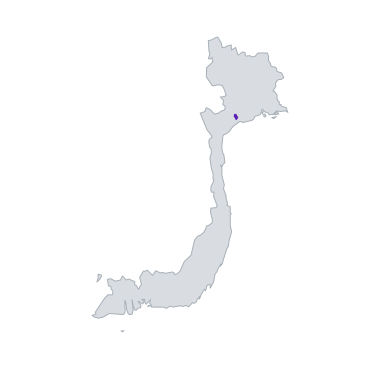 Vinh Loc, Thanh Hóa, Vietnam (highlighted), rotated 32°
{"feature_id": "81297802B11071874803157", "entity_name": "Vinh Loc", "entity_type": "district", "adm_level": 2, "iso_a3": "VNM", "parent_name": "Vietnam", "parent_adm1": "Thanh Hóa", "projection": "natural_earth1", "projection_center": [105.68, 20.04], "detail": "fine", "context": "in_parent", "style": "filled", "palette": "violet", "viewbox_px": 384, "rotation_deg": 32, "n_neighbors": 0, "source": "geoboundaries", "source_scale": "gbopen_adm2", "svg_char_len": 4791}
<svg xmlns="http://www.w3.org/2000/svg" viewBox="0 0 384 384"><g transform="rotate(32 192 192)"><path d="M230.8,73.6L227.9,73.8L224.8,76.6L220.7,78.4L219.7,83.3L216.3,85.6L214.7,84.5L211.3,85.5L207.6,84.5L208.9,90.1L205.3,94.6L205.7,97.5L204.7,99.7L198.3,106.1L196.4,106.2L195.0,107.2L192.0,114.7L191.5,121.0L190.2,124.6L188.8,126.1L188.5,128.0L193.3,137.9L196.5,141.9L199.7,144.0L204.4,149.8L203.7,151.4L204.0,154.7L201.8,153.7L202.1,154.1L204.7,155.9L208.7,162.2L215.7,168.9L216.8,172.3L223.5,177.7L223.4,178.4L228.1,182.8L228.7,184.6L232.3,184.4L235.5,189.5L236.6,189.5L236.9,191.7L242.3,200.3L246.7,204.7L248.9,212.8L251.6,218.9L251.7,222.4L255.7,237.2L255.4,239.2L254.6,237.3L254.7,242.9L255.4,245.9L255.1,249.6L257.9,256.5L258.4,264.1L256.3,260.8L254.2,263.1L255.8,268.5L254.0,268.0L254.2,275.3L255.0,277.9L254.8,278.8L253.9,276.9L253.2,280.4L253.9,282.8L252.7,285.4L251.0,285.6L250.1,291.0L247.0,291.5L244.8,294.0L242.1,294.9L237.0,299.6L233.8,300.4L232.1,304.2L229.2,304.6L218.5,311.1L217.3,309.5L215.3,308.9L213.8,305.5L212.8,311.0L211.9,311.4L210.3,310.3L208.7,308.1L206.5,309.6L209.0,310.1L209.6,311.5L209.3,313.2L203.9,313.2L208.8,315.4L209.8,317.1L207.5,319.7L207.4,321.7L206.3,322.5L203.6,320.8L197.9,314.8L204.7,323.4L205.9,327.2L204.3,329.0L202.3,329.0L199.1,326.5L194.0,320.4L192.3,319.5L198.3,328.2L199.2,330.2L198.5,332.4L186.2,338.9L183.0,345.1L179.2,348.8L175.1,349.8L172.8,349.5L175.2,346.3L173.7,345.1L174.2,328.0L175.3,323.5L178.8,321.7L178.8,320.7L177.6,318.1L174.7,317.1L173.4,315.2L170.9,315.9L166.6,310.8L169.1,308.6L174.3,308.2L177.9,304.6L177.5,300.6L177.9,300.1L182.8,301.5L184.5,299.3L190.9,298.4L192.7,301.1L194.3,300.7L197.2,302.5L198.4,302.6L197.8,299.9L198.3,297.4L192.8,291.9L192.7,284.7L194.0,284.3L195.5,282.0L202.7,283.6L203.0,278.0L208.2,277.3L209.4,275.8L212.4,275.2L217.5,270.4L219.7,270.1L220.9,271.3L222.9,269.1L223.8,265.4L222.3,254.9L224.7,246.2L219.7,231.5L220.3,226.3L221.8,224.5L223.4,220.3L223.1,215.6L222.3,213.3L223.7,211.6L225.5,207.4L223.8,204.5L218.6,199.6L216.6,195.7L220.7,192.5L220.8,190.5L212.3,183.9L210.8,180.4L208.8,181.8L207.3,180.9L205.3,177.5L204.5,171.1L203.1,170.0L200.2,165.4L195.5,161.2L189.7,154.3L188.6,152.2L187.9,149.0L185.5,145.4L183.2,144.6L179.3,140.0L178.8,138.1L179.9,134.8L177.1,133.1L172.1,131.5L157.2,120.8L160.3,117.0L159.4,113.5L159.7,112.8L163.9,112.6L169.8,114.0L172.6,111.1L173.9,107.9L175.9,105.5L176.0,104.1L174.5,101.6L171.8,101.5L170.4,97.9L165.8,96.4L168.8,94.0L169.7,92.0L165.5,88.3L161.1,85.6L157.1,87.4L154.1,90.5L152.6,91.0L143.1,86.8L138.5,78.8L140.3,72.3L140.4,69.9L138.5,68.7L138.0,67.2L136.6,70.0L135.2,70.0L133.8,65.1L132.1,64.0L125.6,54.9L127.6,53.1L130.7,47.9L131.9,47.0L138.3,50.5L141.0,53.5L143.8,51.4L143.8,50.3L147.3,46.6L150.2,50.5L152.5,46.3L158.3,51.5L159.2,50.5L160.3,46.9L161.9,45.9L163.2,45.7L164.7,47.8L166.0,48.0L168.8,45.8L171.7,45.4L173.6,43.5L174.2,39.5L174.9,38.7L182.3,34.2L185.2,36.6L187.2,40.1L189.7,41.0L192.5,43.3L194.6,43.0L195.3,42.2L197.9,42.3L200.3,44.7L205.0,43.6L209.3,46.4L207.9,49.4L205.8,50.8L205.2,52.3L205.2,55.7L207.1,57.9L207.2,63.5L208.4,63.0L212.8,64.7L214.4,67.5L216.5,69.1L218.2,69.3L219.6,71.4L221.1,70.7L221.8,71.7L224.9,71.3L227.0,70.4L230.8,73.6ZM159.9,311.2L160.1,314.8L159.1,318.9L157.9,314.4L156.0,311.6L158.5,310.5L159.9,311.2ZM224.2,79.8L221.6,82.5L220.6,82.5L221.9,78.7L224.2,79.8ZM213.9,89.9L213.2,90.0L211.7,88.2L212.5,87.3L214.1,88.0L214.5,88.8L213.9,89.9ZM222.7,86.0L221.7,86.6L220.5,86.5L223.3,83.7L222.7,86.0ZM209.6,86.0L210.7,88.8L209.2,87.4L209.6,86.0ZM217.3,310.1L215.3,312.4L215.1,311.3L217.3,310.1ZM207.4,347.3L205.8,347.3L207.5,345.9L207.4,347.3Z" fill="#d9dde1" stroke="#a8b0b8" stroke-width="1"/><path d="M187.5,104.3L187.6,104.5L187.8,104.5L188.0,104.5L188.3,104.7L188.3,104.8L188.3,105.0L188.2,104.9L187.9,104.8L187.9,105.0L187.9,105.3L188.0,105.4L188.3,105.4L188.4,105.5L188.5,105.5L188.8,105.5L188.9,105.8L188.9,105.7L189.0,105.7L189.3,105.6L189.5,105.6L189.7,105.8L189.8,105.8L189.9,106.0L190.0,106.0L190.3,106.0L190.4,106.3L190.4,106.5L190.5,106.5L190.8,106.7L190.9,106.8L191.0,106.8L191.0,106.7L191.0,106.4L190.9,106.3L190.9,106.2L190.8,105.9L190.7,105.9L190.8,105.8L190.8,105.7L190.8,105.8L190.9,105.7L191.0,105.7L191.0,105.4L191.0,105.2L191.0,104.9L191.0,104.7L190.9,104.6L190.7,104.5L190.6,104.8L190.4,104.7L190.3,104.8L190.4,105.0L190.2,105.1L190.1,104.9L189.9,104.9L189.7,104.8L189.4,104.8L189.2,104.8L189.3,104.8L189.4,104.5L189.5,104.5L189.6,104.4L189.5,104.2L189.4,104.0L189.5,103.9L189.4,103.8L189.3,103.7L189.2,103.7L189.1,103.8L188.9,103.8L189.0,103.8L188.9,103.8L188.9,103.7L188.9,103.8L188.7,103.9L188.5,103.7L188.5,103.8L188.4,103.7L188.2,103.6L188.1,103.4L187.9,103.3L187.7,103.4L187.7,103.5L187.4,103.7L187.3,103.8L187.3,104.0L187.5,104.3Z" fill="#8b5cf6" stroke="#5b21b6" stroke-width="1.5"/></g></svg>